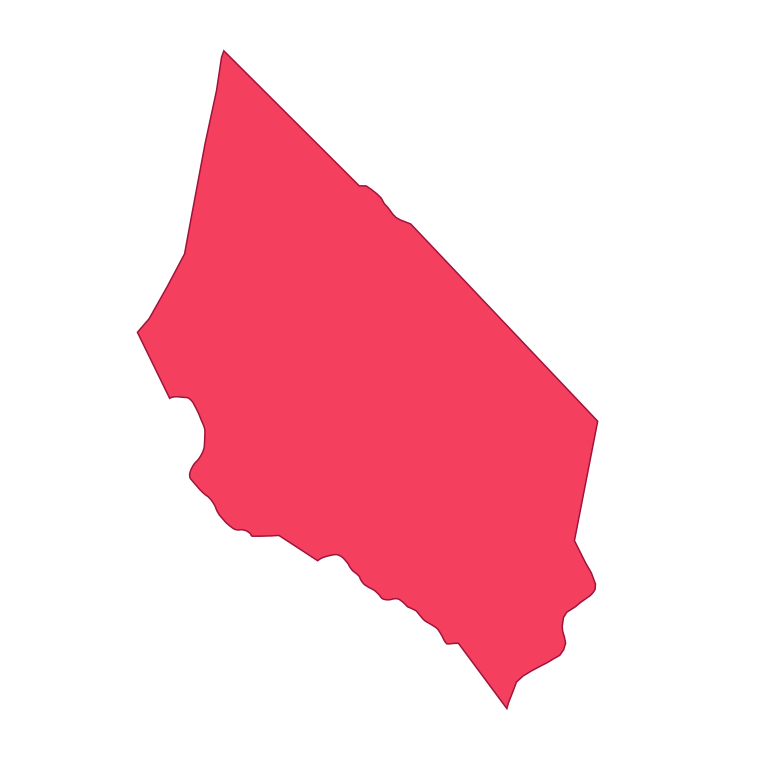 outline of San Miguelito, Francisco Morazán, Honduras, rotated 13°
{"feature_id": "27666195B71574157318497", "entity_name": "San Miguelito", "entity_type": "district", "adm_level": 2, "iso_a3": "HND", "parent_name": "Honduras", "parent_adm1": "Francisco Morazán", "projection": "orthographic", "projection_center": [-87.496, 13.751], "detail": "fine", "context": "isolated", "style": "filled", "palette": "rose", "viewbox_px": 768, "rotation_deg": 13, "n_neighbors": 0, "source": "geoboundaries", "source_scale": "gbopen_adm2", "svg_char_len": 6085}
<svg xmlns="http://www.w3.org/2000/svg" viewBox="0 0 768 768"><g transform="rotate(13 384 384)"><path d="M600.6,372.2L462.0,280.4L374.1,222.1L366.8,221.0L363.1,220.5L358.4,219.1L354.4,216.6L348.0,211.1L343.8,208.3L339.4,203.4L334.1,200.2L327.9,197.3L322.1,195.0L315.3,196.5L153.0,95.4L152.2,102.3L154.8,135.7L155.6,190.1L158.8,266.5L160.4,302.1L150.8,338.1L140.5,373.1L132.1,389.1L178.4,446.2L178.8,445.8L179.2,445.5L179.9,445.0L180.5,444.6L181.0,444.3L181.3,444.2L181.6,444.1L182.9,443.6L184.5,443.1L185.0,443.0L186.3,442.8L187.7,442.6L189.4,442.4L191.0,442.2L191.8,442.1L193.5,441.8L194.6,441.6L195.0,441.6L195.5,441.6L196.0,441.6L196.4,441.7L196.9,441.8L197.5,442.0L197.9,442.2L198.2,442.4L198.5,442.5L199.2,442.9L199.7,443.3L200.5,443.8L201.4,444.5L202.1,445.2L202.6,445.6L203.0,446.1L203.5,446.7L204.6,448.0L205.8,449.3L206.8,450.5L209.7,454.1L210.3,454.8L210.5,455.1L212.0,457.3L213.1,458.9L214.0,460.2L216.2,463.1L217.7,465.2L218.2,466.0L218.7,466.9L219.2,467.8L219.5,468.4L219.8,469.2L220.0,469.9L220.2,470.7L220.4,471.4L221.3,476.0L222.4,482.0L222.8,484.4L222.9,484.7L222.9,485.1L223.0,485.5L223.0,485.9L223.0,486.3L223.0,486.8L223.0,487.4L222.9,488.6L222.8,489.8L222.7,490.4L222.6,491.1L222.5,491.6L222.3,492.5L222.1,493.5L221.9,494.0L221.7,494.9L221.5,495.4L221.3,496.0L221.1,496.6L220.9,497.2L220.4,498.3L220.2,498.9L219.8,499.6L219.5,500.2L219.0,501.2L218.6,501.8L218.1,502.6L217.7,503.2L217.5,503.6L217.3,504.0L217.1,504.4L216.9,504.8L216.5,505.9L216.3,506.5L216.0,507.6L215.5,509.4L215.3,510.1L215.2,511.0L215.1,511.4L215.0,512.4L214.9,513.1L214.9,513.8L214.9,514.2L214.9,515.1L214.9,515.7L215.0,516.0L215.2,516.8L215.3,517.1L215.5,517.7L215.6,518.1L215.8,518.5L216.0,518.8L216.2,519.2L216.5,519.5L216.8,519.8L217.2,520.2L217.4,520.3L218.6,521.2L221.2,523.1L226.9,527.3L228.4,528.4L229.8,529.2L231.6,530.4L233.8,531.6L234.3,531.9L235.1,532.2L235.6,532.5L236.6,532.8L237.4,533.2L237.9,533.4L238.6,533.8L239.2,534.2L239.9,534.6L240.5,535.0L241.3,535.6L242.2,536.3L242.6,536.7L243.4,537.4L244.0,538.0L244.6,538.6L245.2,539.2L246.0,540.0L246.8,541.0L247.4,541.7L247.9,542.5L248.3,543.2L248.7,543.7L249.1,544.3L249.5,544.8L250.2,545.7L250.7,546.2L251.3,546.8L252.2,547.8L252.5,548.1L253.1,548.7L253.5,549.0L255.4,550.4L257.6,552.0L260.2,553.9L261.1,554.6L261.5,554.8L262.1,555.1L263.8,556.0L265.7,557.0L266.6,557.4L268.0,558.0L268.5,558.3L269.3,558.6L269.8,558.8L270.6,559.0L271.0,559.1L271.7,559.2L272.2,559.2L272.6,559.2L273.2,559.2L273.6,559.2L274.3,559.1L275.0,559.0L275.5,558.9L275.9,558.7L276.4,558.5L276.9,558.3L277.6,558.1L278.3,558.0L278.9,557.9L279.4,557.9L280.3,557.8L280.8,557.9L281.4,557.9L282.0,557.9L282.5,558.0L283.4,558.2L284.2,558.4L284.4,558.5L285.0,558.7L285.3,558.8L286.1,559.2L286.6,559.4L287.2,559.7L287.3,559.8L287.7,560.1L287.9,560.3L288.2,560.6L288.3,560.8L288.5,561.2L288.6,561.3L288.7,561.5L288.9,561.6L289.0,561.7L289.2,561.8L289.3,561.8L289.6,561.9L289.9,561.9L290.3,561.9L290.5,561.8L298.5,559.9L306.5,557.8L308.6,557.3L310.8,556.6L313.3,555.9L315.7,555.2L359.1,571.1L359.8,570.3L360.3,569.8L360.7,569.3L361.5,568.5L362.1,567.9L362.6,567.5L362.9,567.3L363.3,567.0L363.8,566.6L365.7,565.5L367.6,564.4L368.5,564.0L369.8,563.3L371.3,562.6L372.9,561.9L374.0,561.5L374.5,561.3L374.9,561.2L375.3,561.1L375.8,561.0L376.1,560.9L376.6,560.9L377.1,560.9L377.6,560.9L378.1,561.0L378.7,561.0L379.0,561.1L379.4,561.2L380.3,561.4L381.0,561.7L381.9,562.0L382.3,562.2L382.7,562.4L383.6,562.9L384.2,563.3L385.8,564.4L386.7,565.1L387.7,565.8L388.8,566.7L389.3,567.1L389.7,567.4L390.0,567.8L390.5,568.4L390.8,568.9L391.4,569.5L391.9,570.0L392.6,570.7L393.6,571.5L394.5,572.3L394.8,572.5L395.2,572.8L395.7,573.1L396.1,573.3L396.7,573.6L397.1,573.8L398.4,574.4L399.2,574.7L399.9,575.1L400.6,575.4L401.8,576.1L402.3,576.4L402.7,576.7L403.1,577.0L403.4,577.2L403.6,577.5L403.9,577.9L404.2,578.4L404.3,578.6L404.7,579.2L405.0,579.5L405.2,579.8L405.6,580.2L406.2,580.9L407.0,581.5L407.3,581.8L407.7,582.2L408.5,582.8L408.9,583.1L409.3,583.4L409.6,583.6L410.0,583.8L410.4,584.0L410.7,584.1L412.2,584.7L413.0,584.9L414.1,585.3L415.3,585.7L416.6,586.0L417.3,586.2L418.8,586.6L420.0,586.9L420.6,587.1L421.3,587.4L421.8,587.6L423.9,588.8L425.0,589.5L426.4,590.3L426.9,590.7L427.4,591.1L427.7,591.3L428.1,591.8L428.5,592.1L428.8,592.4L429.4,592.8L429.6,592.9L430.1,593.2L430.3,593.3L430.7,593.5L431.1,593.6L431.4,593.7L431.6,593.7L432.0,593.8L432.3,593.8L432.6,593.8L432.9,593.8L433.2,593.8L433.9,593.8L434.6,593.7L435.2,593.6L435.6,593.6L436.3,593.4L436.9,593.3L437.5,593.1L438.3,592.8L438.7,592.7L439.3,592.4L439.6,592.2L440.6,591.7L441.0,591.5L441.5,591.3L441.9,591.1L442.6,590.9L443.1,590.7L443.6,590.6L444.6,590.4L445.0,590.3L445.4,590.3L446.0,590.3L446.4,590.4L446.9,590.4L447.4,590.5L447.6,590.6L448.1,590.8L448.3,590.8L449.8,591.5L451.4,592.3L452.9,593.1L453.7,593.6L454.4,594.0L455.3,594.6L456.1,595.2L456.4,595.4L456.8,595.6L457.2,595.8L457.6,595.9L458.0,596.0L458.5,596.0L459.5,596.2L460.0,596.3L460.5,596.4L461.5,596.6L463.8,597.1L465.6,597.6L465.9,597.7L466.1,597.7L466.4,597.9L466.8,598.1L467.9,598.9L468.9,599.7L470.3,600.8L472.8,602.7L473.6,603.3L474.4,603.9L475.6,604.7L476.6,605.3L477.2,605.5L477.8,605.8L478.4,606.0L479.6,606.4L481.7,607.0L483.0,607.4L485.1,608.1L487.2,608.8L487.7,609.0L488.8,609.4L489.4,609.7L490.0,610.0L490.4,610.2L490.9,610.5L491.5,610.9L491.7,611.0L492.1,611.3L492.4,611.6L492.9,612.0L493.0,612.1L494.2,613.3L495.3,614.4L496.4,615.6L497.0,616.2L497.4,616.7L497.8,617.1L499.4,619.2L500.2,620.1L500.6,620.6L501.0,621.0L501.6,621.5L502.2,622.0L502.6,622.3L503.0,622.6L503.2,622.8L503.4,622.9L503.5,622.9L503.7,623.0L503.8,623.0L504.0,623.0L504.5,622.9L505.1,622.8L506.2,622.5L506.8,622.3L510.5,621.0L511.7,620.7L513.6,620.2L514.8,619.9L576.7,672.6L577.1,665.9L578.8,654.7L580.1,644.7L585.2,637.2L592.3,630.3L599.5,624.0L605.6,618.9L610.4,614.2L616.3,608.8L618.8,602.6L619.3,595.8L616.7,589.9L613.9,585.1L612.2,580.2L611.4,571.2L613.5,565.2L620.6,558.0L624.5,552.8L628.4,548.4L632.7,543.6L634.5,540.5L635.9,536.8L635.1,531.4L628.6,521.5L620.7,513.0L604.8,493.8L600.6,372.2Z" fill="#f43f5e" stroke="#9f1239" stroke-width="1.5"/></g></svg>